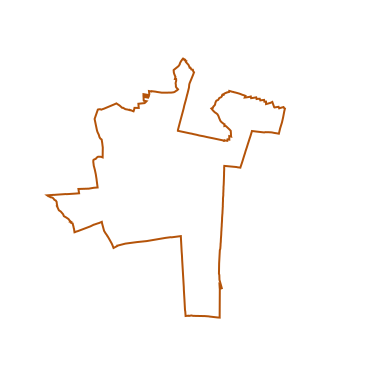 outline of Nopaltepec, México, Mexico, rotated 327°
{"feature_id": "50627088B29090320991668", "entity_name": "Nopaltepec", "entity_type": "district", "adm_level": 2, "iso_a3": "MEX", "parent_name": "Mexico", "parent_adm1": "México", "projection": "orthographic", "projection_center": [-98.709, 19.801], "detail": "fine", "context": "isolated", "style": "outline", "palette": "amber", "viewbox_px": 384, "rotation_deg": 327, "n_neighbors": 0, "source": "geoboundaries", "source_scale": "gbopen_adm2", "svg_char_len": 5876}
<svg xmlns="http://www.w3.org/2000/svg" viewBox="0 0 384 384"><g transform="rotate(327 192 192)"><path d="M279.3,128.6L278.3,127.5L277.6,128.3L277.3,128.2L276.9,128.0L276.4,127.9L275.8,127.5L275.4,127.6L275.0,127.5L274.5,127.4L274.1,127.2L273.3,127.2L272.7,127.1L272.2,127.2L271.9,127.5L271.6,127.8L271.4,127.8L271.2,127.6L271.2,127.4L271.1,127.0L270.9,127.0L270.5,126.9L270.0,127.2L269.7,127.4L269.4,127.8L269.1,128.0L268.7,128.2L268.1,128.3L267.7,128.3L267.1,128.2L266.6,128.1L266.0,128.1L265.6,128.2L264.9,128.7L264.3,128.9L263.8,129.0L263.2,128.9L262.7,128.7L262.3,128.7L261.7,128.9L261.4,129.1L261.0,129.4L260.6,129.6L259.9,130.2L259.3,130.9L259.0,131.1L258.5,131.5L257.4,131.8L256.8,131.9L256.3,132.0L256.0,132.3L255.7,132.6L255.4,132.8L255.0,132.9L254.6,132.9L254.2,132.5L253.7,132.5L253.8,133.1L254.0,135.1L254.5,137.5L255.2,139.1L255.7,140.7L255.6,142.1L255.5,143.0L255.1,144.6L254.9,145.8L254.6,147.5L254.6,148.6L255.0,150.1L255.9,152.6L256.1,152.8L255.1,154.3L256.1,154.6L256.7,156.6L257.5,160.0L257.8,161.8L256.8,163.6L255.1,166.5L255.0,166.8L253.7,165.4L251.8,168.4L250.5,167.2L249.5,168.3L247.5,166.6L247.4,166.4L246.9,166.7L246.3,166.3L246.2,165.6L245.6,165.1L239.1,158.6L234.5,154.1L232.1,151.6L228.9,148.6L227.2,146.7L226.0,145.5L224.7,144.2L223.5,142.9L222.2,141.7L213.5,133.0L213.9,132.4L219.7,127.1L227.5,120.1L230.6,117.3L232.6,115.3L236.9,111.5L238.0,110.5L241.2,107.5L241.5,107.3L246.4,102.7L247.4,101.4L248.3,100.3L249.1,99.6L249.5,99.3L256.6,94.4L258.9,92.7L258.8,92.3L258.7,91.7L259.3,89.9L258.2,89.0L258.4,86.9L257.9,86.6L257.7,86.5L257.9,85.9L258.1,84.6L258.3,83.6L258.2,82.8L258.0,81.8L257.7,79.7L258.5,79.1L258.0,78.4L257.8,78.1L257.7,77.9L258.3,77.3L257.9,76.7L257.4,75.6L256.9,75.8L256.8,75.3L255.9,75.6L253.9,76.4L252.3,77.3L251.8,77.6L251.2,78.3L249.2,79.1L243.1,79.7L242.9,79.9L241.8,82.0L241.4,83.3L241.1,84.9L240.8,86.3L240.8,86.5L239.2,87.9L240.2,88.6L239.6,89.7L239.1,90.3L238.0,91.3L237.4,92.0L236.8,93.4L235.8,95.0L235.8,96.3L236.2,98.3L235.1,98.6L234.2,98.5L231.9,98.6L231.0,98.4L229.7,97.8L228.5,97.2L226.0,95.6L222.5,93.4L220.7,92.2L218.8,90.5L217.1,89.0L216.2,88.1L213.0,85.4L212.7,85.6L210.9,83.9L209.5,86.7L208.7,87.3L204.6,83.5L203.8,84.7L207.7,88.3L206.6,89.0L206.5,88.9L203.2,85.8L201.4,88.8L201.3,89.2L203.3,91.1L201.6,91.5L200.6,91.6L195.1,88.8L193.1,92.5L189.6,90.1L188.3,91.4L187.3,92.2L186.9,92.5L186.2,91.6L185.7,90.7L184.6,89.3L184.4,89.5L183.0,87.9L181.2,86.2L180.1,83.9L179.3,83.4L178.4,80.1L176.8,76.5L176.7,76.5L174.7,76.2L163.6,74.2L162.0,73.8L160.7,73.5L160.3,72.8L159.1,72.0L157.9,71.6L150.1,77.7L147.9,83.3L146.0,88.2L145.5,89.8L145.3,90.9L145.0,93.3L144.3,95.5L144.3,95.9L144.2,97.1L144.4,97.6L144.8,98.8L143.3,102.2L142.7,103.4L141.4,106.1L140.6,107.3L135.9,114.3L135.3,113.5L134.9,113.0L134.2,112.4L132.7,111.4L132.1,111.2L130.8,111.3L129.2,111.8L128.2,111.5L127.0,111.4L126.5,111.7L125.6,113.0L124.8,114.7L123.9,116.5L123.3,118.4L122.6,120.5L120.9,124.9L119.8,127.3L119.1,128.9L118.5,130.1L115.3,136.8L112.0,135.0L107.3,133.0L98.4,127.6L96.6,131.6L94.2,130.3L89.9,127.9L87.4,126.5L86.0,125.7L84.7,124.8L81.1,122.8L76.6,120.3L75.1,119.5L73.7,118.6L73.3,118.5L71.8,117.6L68.7,115.9L68.9,116.4L69.1,116.6L69.2,117.3L69.9,118.0L70.5,119.4L71.3,120.0L72.0,121.0L72.3,122.4L72.3,123.5L73.1,125.0L73.1,126.5L72.1,128.5L71.7,129.5L71.3,130.5L71.0,130.4L70.9,131.4L70.4,134.8L71.2,136.7L71.3,136.9L71.8,140.5L71.4,142.3L71.4,142.5L72.5,144.6L73.7,147.4L73.8,149.2L74.0,150.0L73.4,150.4L74.4,151.4L73.8,151.9L74.8,153.4L74.3,154.7L73.8,156.3L73.2,157.8L73.0,158.6L71.5,161.8L72.1,162.0L73.2,162.1L74.2,162.4L74.8,162.6L88.2,165.5L91.8,165.9L91.9,166.0L95.5,166.9L97.2,167.4L100.1,167.9L99.5,169.3L97.1,176.7L97.0,179.4L97.1,181.5L97.1,183.2L97.0,183.3L97.1,183.7L97.0,185.8L96.6,191.6L96.3,193.4L95.7,196.2L99.9,196.6L100.1,196.3L100.3,196.4L108.0,199.0L118.5,204.0L127.3,208.5L144.9,216.1L149.5,218.3L150.2,218.9L158.6,222.9L150.9,236.3L148.7,240.3L146.7,243.7L133.3,267.3L131.9,269.6L126.9,278.4L122.0,286.9L121.6,287.7L121.3,288.5L119.1,292.5L121.8,293.9L121.8,294.1L122.6,294.6L123.5,294.9L124.2,295.2L124.8,295.8L125.5,296.5L135.1,303.0L136.7,304.2L138.4,305.5L139.1,306.2L140.7,307.5L142.0,308.6L144.2,310.4L144.9,311.0L146.8,312.4L147.1,311.9L162.5,288.5L162.9,287.7L164.6,284.7L164.8,285.8L163.8,288.7L164.6,288.9L167.2,280.6L169.7,276.5L170.1,275.2L172.0,272.4L175.9,266.6L183.7,255.9L184.7,255.1L184.8,255.0L187.1,252.0L187.6,251.2L188.1,250.6L188.9,249.6L190.9,246.8L191.3,246.3L192.8,244.3L193.4,243.5L194.1,242.5L194.8,241.5L196.1,239.8L196.5,239.2L197.4,238.0L198.4,236.7L199.5,235.1L200.2,234.2L200.8,233.4L201.9,231.9L203.2,230.0L204.2,228.7L205.0,227.6L205.9,226.5L207.1,224.8L208.8,222.5L209.1,222.0L209.8,221.2L210.6,219.9L211.4,218.8L211.9,218.0L212.3,217.5L213.3,216.1L214.3,214.5L215.4,213.1L216.6,211.6L217.4,210.3L218.3,209.1L219.4,207.5L220.3,206.3L220.9,205.3L221.9,204.0L222.8,202.8L224.7,200.1L228.6,194.5L229.3,193.4L231.3,190.6L232.3,189.0L233.3,187.7L242.8,195.2L243.8,196.2L245.8,197.9L246.0,197.7L247.3,196.7L250.3,194.3L250.8,193.9L256.8,188.9L257.0,188.8L259.3,186.8L262.2,184.5L265.2,182.0L266.7,180.8L267.9,179.8L269.5,178.5L271.4,177.0L275.3,173.7L275.5,173.5L278.6,176.1L285.0,181.4L286.0,181.7L287.5,182.7L288.7,183.5L290.5,184.8L291.5,185.6L293.1,187.2L295.0,188.9L296.6,190.4L300.5,186.7L305.4,182.6L309.0,179.1L313.5,174.4L315.3,172.7L315.0,172.4L315.0,170.6L311.2,169.4L310.7,169.3L311.0,167.7L307.2,166.0L307.1,165.7L308.4,160.2L306.5,160.0L305.7,159.8L305.2,159.6L303.5,159.1L302.0,158.6L303.3,156.5L301.9,155.7L302.6,154.0L299.5,152.5L299.2,152.4L299.6,150.7L298.3,149.9L296.8,149.2L297.4,147.6L294.4,146.3L292.7,145.5L293.3,143.9L291.9,143.5L289.5,142.4L287.7,141.5L289.2,140.5L288.1,139.0L287.0,137.7L286.0,136.2L285.2,135.2L284.0,133.8L282.3,131.9L281.6,131.3L281.4,130.8L280.9,130.4L280.1,129.6L279.3,128.6Z" fill="none" stroke="#b45309" stroke-width="2"/></g></svg>